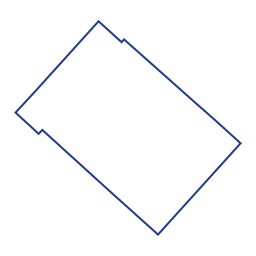 the district of Dunn, Wisconsin, United States of America, rotated 312°
{"feature_id": "52423323B57646152356448", "entity_name": "Dunn", "entity_type": "district", "adm_level": 2, "iso_a3": "USA", "parent_name": "United States of America", "parent_adm1": "Wisconsin", "projection": "orthographic", "projection_center": [-91.869, 44.947], "detail": "fine", "context": "isolated", "style": "outline", "palette": "blue", "viewbox_px": 256, "rotation_deg": 312, "n_neighbors": 0, "source": "geoboundaries", "source_scale": "gbopen_adm2", "svg_char_len": 330}
<svg xmlns="http://www.w3.org/2000/svg" viewBox="0 0 256 256"><g transform="rotate(312 128 128)"><path d="M191.8,160.4L191.4,98.3L191.2,65.8L187.5,65.8L187.6,34.7L95.1,34.5L92.9,34.5L64.2,34.1L63.9,65.5L69.2,65.6L68.8,159.7L68.9,221.6L192.0,221.9L192.1,187.3L191.8,160.4Z" fill="none" stroke="#1e3a8a" stroke-width="2"/></g></svg>